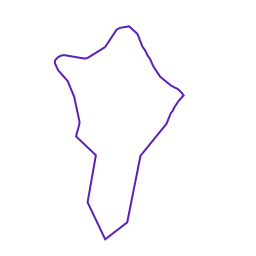 outline of Kingston upon Thames, rotated 340°
{"feature_id": "GBR-2754", "entity_name": "Kingston upon Thames", "entity_type": "London Borough (royal)", "adm_level": 1, "iso_a3": "GBR", "parent_name": "United Kingdom", "parent_adm1": "", "projection": "robinson", "projection_center": [-0.265, 51.379], "detail": "fine", "context": "isolated", "style": "outline", "palette": "violet", "viewbox_px": 256, "rotation_deg": 340, "n_neighbors": 0, "source": "natural_earth", "source_scale": "10m", "svg_char_len": 652}
<svg xmlns="http://www.w3.org/2000/svg" viewBox="0 0 256 256"><g transform="rotate(340 128 128)"><path d="M163.9,32.9L168.7,42.2L169.1,43.5L169.4,56.3L170.7,61.4L171.2,66.7L172.3,70.4L172.9,78.8L175.8,90.9L183.0,103.0L188.4,108.8L190.5,113.3L191.4,116.4L187.0,118.7L184.2,120.3L178.7,124.4L176.4,126.7L175.4,127.5L173.5,128.5L165.6,137.2L130.2,158.4L95.0,216.4L68.5,224.8L64.6,184.0L88.5,142.6L76.3,118.1L83.7,107.6L84.6,105.3L88.1,80.2L87.4,63.4L82.1,49.8L81.5,42.2L82.1,40.4L82.5,39.8L83.4,39.0L86.6,37.5L89.6,37.1L92.8,37.6L111.1,48.0L114.3,48.3L134.2,44.1L150.9,31.7L154.9,31.2L163.9,32.9Z" fill="none" stroke="#5b21b6" stroke-width="2"/></g></svg>